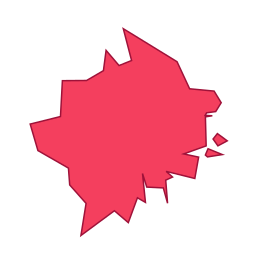 an SVG outline of Olbia-Tempio, rotated 81°
{"feature_id": "ITA-5375", "entity_name": "Olbia-Tempio", "entity_type": "Province", "adm_level": 1, "iso_a3": "ITA", "parent_name": "Italy", "parent_adm1": "", "projection": "natural_earth1", "projection_center": [9.374, 40.9], "detail": "coarse", "context": "isolated", "style": "filled", "palette": "rose", "viewbox_px": 256, "rotation_deg": 81, "n_neighbors": 0, "source": "natural_earth", "source_scale": "10m", "svg_char_len": 724}
<svg xmlns="http://www.w3.org/2000/svg" viewBox="0 0 256 256"><g transform="rotate(81 128 128)"><path d="M29.2,117.1L70.2,69.2L98.9,61.0L105.0,37.2L117.6,32.0L125.5,38.8L125.3,48.0L127.6,49.8L129.1,42.8L129.1,49.8L157.9,53.6L162.3,77.1L167.8,62.8L188.3,69.9L176.8,97.1L183.4,91.7L185.4,98.9L208.5,100.7L192.7,102.5L189.3,118.7L175.2,120.8L204.2,122.4L198.4,129.6L221.5,142.5L207.6,154.4L226.8,191.3L195.9,181.2L175.1,194.5L158.3,193.1L136.2,220.5L108.8,224.0L106.1,192.9L71.0,185.4L74.6,161.5L67.5,143.3L47.9,137.5L64.9,127.1L61.9,113.9L29.2,117.1ZM159.7,42.0L152.2,45.7L147.5,40.6L156.2,32.0L159.7,42.0ZM169.0,39.0L169.0,54.0L166.8,55.8L161.0,52.2L169.0,39.0Z" fill="#f43f5e" stroke="#9f1239" stroke-width="1.5"/></g></svg>